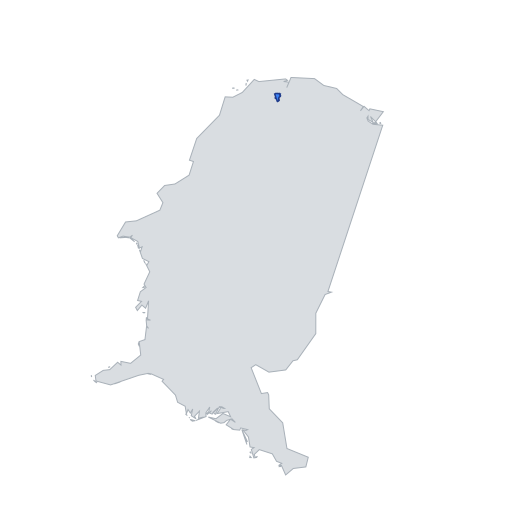 Mariposa, California, United States of America (highlighted), rotated 115°
{"feature_id": "52423323B20525606755783", "entity_name": "Mariposa", "entity_type": "district", "adm_level": 2, "iso_a3": "USA", "parent_name": "United States of America", "parent_adm1": "California", "projection": "albers", "projection_center": [-120.075, 37.542], "detail": "fine", "context": "in_parent", "style": "filled", "palette": "blue", "viewbox_px": 512, "rotation_deg": 115, "n_neighbors": 0, "source": "geoboundaries", "source_scale": "gbopen_adm2", "svg_char_len": 4726}
<svg xmlns="http://www.w3.org/2000/svg" viewBox="0 0 512 512"><g transform="rotate(115 256 256)"><path d="M395.9,161.3L417.4,146.6L416.3,123.6L426.1,121.7L432.8,132.4L441.9,136.6L435.1,144.4L435.8,146.7L433.0,145.0L433.4,150.6L428.4,157.6L430.1,171.2L436.6,173.7L438.9,171.6L437.0,170.0L438.4,170.4L439.9,172.6L433.3,178.5L430.5,176.8L431.6,180.7L423.3,186.3L419.1,194.4L418.4,191.4L416.9,190.2L418.3,197.2L420.7,197.2L422.7,202.7L421.6,211.7L414.7,210.1L415.5,204.4L413.7,209.0L417.3,213.0L420.6,214.6L422.5,217.4L422.1,231.2L420.4,223.5L412.7,219.4L412.4,211.1L408.8,215.4L415.3,224.7L409.4,223.8L408.1,224.9L407.9,221.0L407.4,220.1L407.1,223.3L408.0,225.5L416.7,226.0L416.0,228.6L411.3,226.6L409.9,226.5L415.7,228.9L417.8,228.9L418.0,231.9L415.0,231.0L420.1,233.2L419.6,234.1L417.1,233.0L412.4,234.1L419.4,235.2L422.6,233.4L430.5,241.0L424.1,235.4L427.3,239.6L420.5,241.7L427.3,244.0L428.9,241.6L428.1,247.2L421.4,248.7L426.1,249.1L423.9,252.7L428.4,252.4L422.1,256.7L421.7,265.2L416.1,270.2L409.2,288.2L406.9,287.6L407.1,301.1L407.9,304.1L413.7,311.9L434.3,333.3L436.9,348.2L432.2,351.2L424.2,346.1L420.8,340.5L410.8,336.5L411.9,332.3L408.6,333.9L406.3,324.3L394.5,318.6L382.9,325.7L378.7,321.3L366.2,325.4L367.0,322.8L365.5,325.6L360.3,328.6L358.8,324.5L358.8,327.8L342.0,334.4L350.0,334.0L348.7,338.7L355.6,340.5L353.4,343.4L345.5,340.6L346.4,344.5L337.3,345.7L331.0,342.3L328.8,345.6L315.2,345.6L309.3,353.0L310.8,351.0L306.4,350.7L306.2,357.9L299.6,364.3L301.1,362.5L295.8,363.1L298.1,365.0L292.8,369.3L292.3,377.3L289.3,376.8L292.2,378.2L294.2,384.9L297.7,388.4L296.3,390.3L280.3,388.6L274.7,379.3L255.1,362.5L247.0,362.9L241.0,372.2L230.7,368.6L225.0,359.9L211.0,350.8L196.8,352.6L197.3,356.8L174.5,359.4L143.9,348.6L124.8,351.2L121.9,344.1L113.5,337.5L96.7,332.2L96.7,327.1L83.0,304.0L83.5,301.6L86.2,304.7L84.5,299.6L90.4,299.3L79.4,299.7L70.5,277.9L72.8,266.6L70.1,253.7L73.1,245.5L75.2,221.9L80.3,222.7L74.7,221.3L76.5,215.0L74.5,215.0L71.4,201.6L83.8,204.3L81.2,211.2L85.3,206.4L84.9,212.2L81.9,213.6L84.0,213.9L86.3,211.5L87.2,205.6L83.9,196.4L257.8,175.8L256.9,172.4L261.7,177.1L282.6,177.6L301.1,169.0L332.6,174.7L335.3,178.2L346.7,180.9L355.8,195.2L354.6,210.3L359.3,213.2L378.4,193.0L374.9,187.8L376.5,185.8L388.9,179.4L395.9,161.3ZM427.3,187.4L430.7,184.6L419.3,195.5L428.0,185.2L427.3,187.4ZM84.8,202.1L86.4,205.8L86.3,206.4L84.0,203.5L84.8,202.1ZM297.2,387.3L293.8,381.8L293.1,378.4L294.2,381.9L297.2,387.3ZM436.2,144.3L437.1,146.0L436.4,146.0L436.2,144.3ZM331.7,344.0L332.4,345.2L330.7,344.6L331.7,344.0ZM103.3,338.0L105.2,337.2L105.3,337.4L103.3,338.0ZM101.2,337.5L100.5,338.5L99.8,337.6L101.2,337.5ZM436.9,176.8L436.4,178.5L436.0,178.4L436.9,176.8ZM293.4,375.0L293.0,378.0L294.4,372.0L293.4,375.0ZM427.8,326.1L431.8,330.3L427.3,325.8L427.8,326.1ZM113.2,342.6L114.1,344.1L113.1,342.7L113.2,342.6ZM438.0,348.6L437.1,350.9L438.2,346.4L438.0,348.6ZM432.6,243.9L432.0,246.6L430.9,241.4L432.6,243.9ZM83.2,199.0L83.2,200.1L82.5,199.5L83.2,199.0ZM298.5,366.0L296.0,368.0L298.5,365.6L298.5,366.0ZM440.7,175.2L441.3,176.5L440.0,176.8L440.7,175.2ZM113.3,346.8L114.0,348.6L113.0,347.0L113.3,346.8ZM295.6,369.2L294.6,370.1L295.3,368.8L295.6,369.2ZM422.9,219.8L422.7,223.2L422.7,218.7L422.9,219.8ZM308.8,354.4L307.3,356.0L309.4,353.4L308.8,354.4ZM408.0,302.3L408.5,304.6L407.7,303.2L408.0,302.3ZM429.2,252.5L428.8,253.2L429.6,250.8L429.2,252.5ZM387.2,323.5L385.5,325.5L384.6,325.6L387.2,323.5ZM359.3,328.5L359.1,329.0L357.8,329.4L359.3,328.5ZM418.5,341.7L419.4,343.0L418.0,341.5L418.5,341.7ZM354.9,333.5L355.1,335.0L354.1,332.5L354.9,333.5ZM434.7,354.3L433.6,354.9L435.1,353.8L434.7,354.3ZM422.9,203.8L422.8,205.5L422.8,203.2L422.9,203.8ZM431.0,247.6L430.5,248.4L430.4,248.5L431.0,247.6Z" fill="#d9dde1" stroke="#a8b0b8" stroke-width="1"/><path d="M98.8,303.4L99.4,304.4L99.4,304.6L99.5,304.7L99.7,305.0L99.6,305.3L99.8,305.6L100.1,306.2L100.2,306.4L100.4,306.6L100.4,306.9L100.7,307.1L101.1,307.3L101.3,307.5L103.5,305.4L104.4,305.4L104.4,305.0L104.6,305.0L104.6,304.7L104.9,304.7L104.9,304.0L106.9,302.0L106.9,301.8L106.6,301.7L106.4,301.4L106.2,301.3L106.1,301.2L105.9,301.1L105.7,301.2L105.4,301.1L105.3,300.9L105.1,300.8L104.9,300.9L104.9,301.1L104.7,301.2L104.6,301.3L104.3,301.4L104.4,301.6L104.0,301.8L103.8,301.9L103.6,302.0L103.4,302.1L103.2,302.2L102.9,302.1L102.7,302.0L102.4,302.1L102.2,302.1L101.9,301.9L101.7,301.8L101.6,301.7L101.4,301.7L101.2,301.5L101.0,301.8L100.9,301.8L100.8,302.0L100.7,302.0L100.7,301.9L100.4,301.8L100.4,302.0L100.2,302.1L99.9,302.2L100.0,302.2L99.9,302.2L99.9,302.3L99.7,302.4L99.4,302.4L99.3,302.5L99.2,302.5L99.3,302.7L99.3,302.8L99.4,303.0L99.2,303.1L99.0,302.9L98.9,302.9L98.8,303.0L98.9,303.3L98.8,303.4Z" fill="#3b82f6" stroke="#1e3a8a" stroke-width="1.5"/></g></svg>